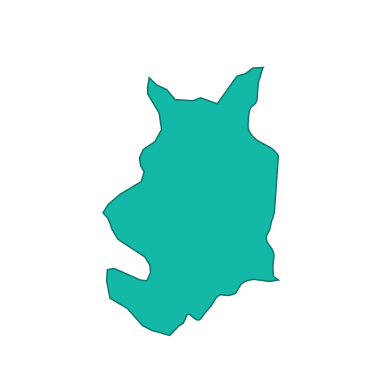 Monmouthshire, Robinson projection, rotated 59°
{"feature_id": "GBR-2132", "entity_name": "Monmouthshire", "entity_type": "Unitary Authority (wales)", "adm_level": 1, "iso_a3": "GBR", "parent_name": "United Kingdom", "parent_adm1": "", "projection": "robinson", "projection_center": [-2.855, 51.774], "detail": "fine", "context": "isolated", "style": "filled", "palette": "teal", "viewbox_px": 384, "rotation_deg": 59, "n_neighbors": 0, "source": "natural_earth", "source_scale": "10m", "svg_char_len": 1397}
<svg xmlns="http://www.w3.org/2000/svg" viewBox="0 0 384 384"><g transform="rotate(59 192 192)"><path d="M121.9,67.0L122.0,67.3L132.6,79.0L146.5,88.9L147.3,89.7L148.4,91.3L149.0,93.3L149.7,97.7L151.5,100.3L154.3,103.1L164.3,110.1L168.2,111.5L173.3,111.6L176.6,111.2L181.5,109.5L195.5,101.3L200.2,99.8L205.4,99.3L251.4,131.6L256.4,136.6L257.6,138.5L263.8,144.3L265.1,146.0L267.1,149.5L268.4,151.1L270.6,152.5L273.5,153.4L282.1,152.9L285.8,153.3L289.0,154.6L297.6,161.2L306.4,165.7L311.3,163.5L312.0,163.2L308.6,171.6L298.5,184.2L296.8,189.1L296.0,192.7L296.2,197.1L298.1,201.1L301.1,206.3L301.0,209.6L299.4,214.1L297.8,216.6L294.8,220.2L294.5,222.7L295.1,225.8L299.3,233.8L302.8,244.3L304.3,247.5L305.2,250.3L305.2,252.3L303.2,254.5L295.8,256.9L294.7,258.3L294.9,260.2L297.5,263.2L299.9,267.1L300.1,272.7L303.5,285.0L290.1,297.6L281.0,303.3L258.7,307.3L240.9,317.0L224.4,311.0L215.0,304.6L217.5,298.1L231.2,288.4L240.6,281.9L244.9,276.5L239.7,269.0L232.9,265.8L223.5,265.8L194.5,279.8L182.5,279.8L178.3,278.7L171.4,277.6L164.0,279.0L159.5,270.1L156.9,255.0L156.9,238.8L157.0,230.2L150.1,222.6L143.3,222.6L135.6,219.4L130.5,211.8L129.7,197.8L122.9,186.0L107.5,179.5L96.4,179.5L85.4,179.5L79.4,176.2L72.0,169.8L81.9,167.3L91.3,160.9L104.1,158.9L114.3,144.2L115.6,136.1L129.4,125.0L115.9,93.9L118.1,85.1L117.1,76.0L121.8,67.2L121.9,67.0Z" fill="#14b8a6" stroke="#0f766e" stroke-width="1.5"/></g></svg>